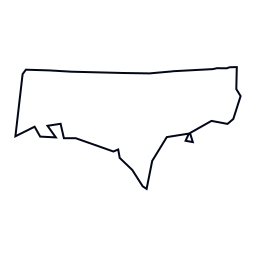 Clay, Tennessee, United States of America (Equal Earth projection)
{"feature_id": "52423323B34914884801854", "entity_name": "Clay", "entity_type": "district", "adm_level": 2, "iso_a3": "USA", "parent_name": "United States of America", "parent_adm1": "Tennessee", "projection": "equal_earth", "projection_center": [-85.51, 36.515], "detail": "fine", "context": "isolated", "style": "outline", "palette": "ink", "viewbox_px": 256, "rotation_deg": 0, "n_neighbors": 0, "source": "geoboundaries", "source_scale": "gbopen_adm2", "svg_char_len": 589}
<svg xmlns="http://www.w3.org/2000/svg" viewBox="0 0 256 256"><path d="M15.4,136.3L34.6,126.7L40.2,136.6L55.8,137.4L47.5,125.8L60.6,123.8L63.9,138.2L75.7,138.2L113.4,151.5L118.2,149.5L119.7,157.9L132.3,170.0L142.7,186.3L146.6,188.9L152.2,160.9L166.8,137.1L188.9,133.6L185.6,140.8L192.8,142.1L190.0,133.0L211.5,120.9L227.5,123.9L233.3,119.0L240.6,96.1L236.3,89.1L236.8,67.1L230.9,67.2L228.7,67.5L226.9,68.3L216.9,68.2L213.0,69.1L173.5,71.2L170.9,71.5L149.5,73.4L123.5,73.0L123.3,73.0L71.5,71.7L49.2,70.4L25.9,69.7L22.6,74.2L15.4,136.3Z" fill="none" stroke="#020617" stroke-width="2"/></svg>